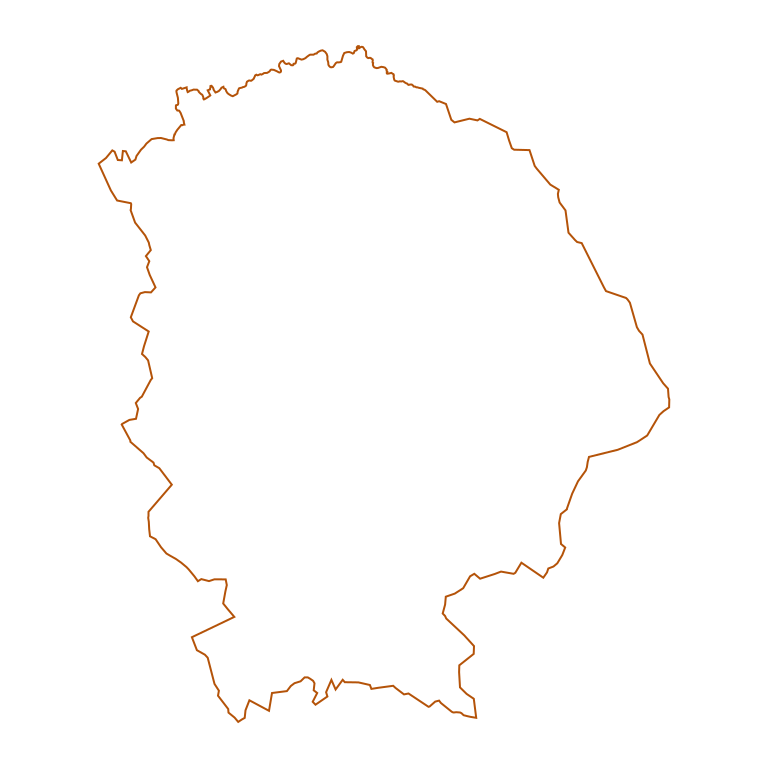 outline of Soba, Kaduna, Nigeria
{"feature_id": "59680162B47761767082139", "entity_name": "Soba", "entity_type": "district", "adm_level": 2, "iso_a3": "NGA", "parent_name": "Nigeria", "parent_adm1": "Kaduna", "projection": "mercator", "projection_center": [7.944, 10.956], "detail": "fine", "context": "isolated", "style": "outline", "palette": "amber", "viewbox_px": 768, "rotation_deg": 0, "n_neighbors": 0, "source": "geoboundaries", "source_scale": "gbopen_adm2", "svg_char_len": 5887}
<svg xmlns="http://www.w3.org/2000/svg" viewBox="0 0 768 768"><path d="M146.4,143.6L144.1,146.7L141.0,149.7L136.5,156.0L135.4,159.6L131.2,162.5L125.8,151.3L122.9,151.0L121.9,160.3L117.8,160.0L114.6,151.7L112.3,150.4L106.0,158.0L98.7,163.7L110.9,190.5L117.1,200.5L130.8,203.2L131.2,204.1L130.9,209.2L130.6,210.1L135.1,222.6L145.2,235.5L148.8,242.6L149.3,245.1L150.8,250.1L145.9,256.1L149.3,261.2L147.0,267.2L149.7,274.9L155.5,287.4L151.0,292.4L144.9,292.1L140.4,293.3L138.9,295.3L130.8,317.3L133.0,321.4L148.7,331.5L144.0,346.3L142.0,354.0L145.3,357.0L148.1,360.4L152.2,378.2L150.8,379.9L141.8,396.7L140.1,397.8L135.8,403.0L138.1,409.0L136.0,418.8L129.4,419.9L122.2,423.9L121.7,424.5L130.3,440.4L130.4,441.8L143.5,453.2L146.7,457.5L153.5,462.6L154.3,465.3L159.3,468.2L171.8,484.7L148.5,511.8L148.5,515.9L148.2,517.8L148.8,521.8L149.2,529.3L150.0,536.3L155.6,539.2L161.0,547.2L166.4,553.5L170.1,555.7L175.8,558.9L181.1,562.6L186.5,567.1L188.7,569.4L194.4,576.3L197.9,581.2L201.3,579.1L209.0,581.1L214.5,579.3L225.7,579.4L226.8,585.1L225.4,591.4L223.2,603.5L227.7,609.1L234.3,616.9L191.9,637.2L196.9,650.2L204.9,654.7L207.7,657.7L214.5,683.9L218.9,690.7L218.0,695.7L228.2,709.0L228.5,712.6L234.6,717.6L238.2,721.9L242.0,719.4L244.7,717.9L245.5,710.3L249.4,700.3L269.0,710.8L272.0,693.0L286.9,691.1L290.8,686.0L294.5,683.2L300.6,681.3L304.6,677.4L307.8,677.4L310.2,678.8L313.1,680.8L314.5,683.3L313.7,690.3L317.2,693.0L312.7,701.8L315.5,704.7L327.4,696.5L326.1,692.2L331.4,679.9L335.6,689.5L342.7,679.8L344.8,682.2L358.4,682.4L369.9,685.0L371.4,688.9L378.2,687.8L393.2,685.8L395.6,688.0L404.0,694.4L408.5,693.5L428.5,706.8L429.6,706.5L435.2,701.6L439.1,700.6L440.8,702.9L441.9,703.8L451.8,711.8L452.8,712.3L453.8,712.5L456.2,712.2L460.1,712.5L461.5,713.2L463.6,715.2L467.5,716.2L470.7,716.9L476.2,717.8L473.8,698.8L466.6,693.9L460.0,687.4L459.1,672.2L459.3,665.3L473.7,653.9L474.0,646.1L465.9,637.2L464.4,635.5L446.2,618.5L445.1,616.0L442.7,613.5L445.1,604.6L445.8,596.7L454.8,593.6L463.2,588.2L470.1,576.3L474.3,573.8L480.1,578.7L494.7,574.0L501.0,571.6L513.6,573.8L515.3,572.8L521.4,562.7L543.3,577.7L547.0,572.4L548.3,568.5L553.5,566.5L557.3,563.3L562.3,555.0L565.2,547.5L561.0,544.0L559.1,523.1L560.8,514.1L566.9,509.3L566.9,508.7L572.2,493.6L578.0,481.3L585.8,470.5L586.9,467.2L587.7,461.8L589.0,456.9L617.7,449.8L637.1,442.1L647.2,435.5L659.4,414.9L663.5,411.2L669.1,407.4L669.3,399.4L668.6,397.0L668.0,388.7L663.2,383.3L649.9,363.5L642.5,334.6L639.0,330.8L636.9,327.2L629.9,302.7L627.5,299.4L626.1,298.0L606.0,291.1L603.9,287.3L581.7,243.1L577.1,242.0L575.0,240.0L568.5,232.7L565.5,210.4L559.6,202.5L558.2,197.2L557.9,193.9L558.8,189.8L550.3,184.6L536.7,168.6L534.7,165.9L529.5,150.1L514.1,149.7L511.8,148.2L509.1,140.5L506.6,132.2L479.8,118.9L477.5,120.4L469.4,118.7L454.5,122.4L451.3,119.8L446.0,104.0L439.1,101.2L437.2,101.8L425.4,90.3L424.5,89.7L423.7,89.5L423.1,89.2L422.7,88.6L418.8,87.8L417.3,87.3L416.3,87.3L415.1,86.6L414.1,86.6L413.6,86.5L413.2,85.7L411.7,84.5L410.1,84.5L409.4,84.7L408.9,84.9L408.4,84.9L407.2,83.6L406.7,83.5L405.3,82.8L403.4,81.4L403.0,81.2L402.4,81.2L401.2,81.5L399.9,81.3L398.9,81.6L398.1,81.7L395.1,80.7L394.7,80.5L394.2,79.6L393.6,76.7L393.9,75.8L393.6,75.3L393.7,74.5L393.5,74.2L392.7,73.8L391.4,72.9L388.9,73.5L387.4,73.7L386.9,73.5L386.7,72.9L387.4,72.0L387.4,71.7L387.2,71.4L386.7,71.1L386.5,70.7L386.7,69.7L385.1,67.7L383.7,67.2L381.3,66.8L377.9,68.0L376.5,68.1L374.4,67.4L373.6,66.6L372.9,65.0L373.1,62.9L372.6,62.6L372.6,61.2L372.8,60.5L372.6,59.4L371.7,58.9L371.3,58.4L370.0,57.8L368.2,58.1L367.2,57.5L366.2,56.3L366.0,51.3L364.3,49.2L363.7,48.1L362.8,47.0L361.7,46.8L360.4,47.2L359.3,48.2L358.9,48.2L358.8,46.1L357.9,46.1L357.3,46.6L356.8,47.2L357.1,49.6L356.3,50.4L355.8,50.5L354.6,51.0L353.7,53.2L352.8,53.6L351.3,52.7L349.2,52.0L346.9,52.2L344.3,53.0L343.0,55.7L341.2,61.8L340.2,62.2L338.3,62.4L337.1,62.3L335.8,63.1L333.7,66.2L333.0,67.0L331.2,67.3L330.3,67.1L329.2,66.1L328.4,64.8L328.2,62.2L327.4,59.7L327.4,56.2L326.7,54.0L325.1,51.8L322.6,50.3L320.9,50.6L319.1,51.4L317.5,52.4L316.7,53.5L315.1,53.7L313.5,54.7L310.1,54.7L309.0,55.3L306.7,57.0L305.5,58.1L303.3,59.2L301.5,59.6L297.8,58.2L296.8,58.5L295.8,62.6L295.5,63.3L295.1,63.6L293.6,63.8L293.4,64.8L292.8,65.3L291.2,65.2L288.9,63.3L286.7,64.0L285.5,63.7L284.4,62.7L283.2,60.8L281.0,61.6L279.3,64.0L279.0,66.1L281.0,70.4L281.0,71.3L280.5,72.2L279.3,72.5L278.4,72.1L276.8,71.2L273.9,69.9L271.3,69.6L270.6,69.9L269.8,71.1L269.0,71.8L267.1,72.9L264.7,73.0L263.8,73.2L262.6,74.1L261.3,74.6L261.0,74.4L260.2,74.2L258.3,75.1L257.4,75.3L256.3,74.7L255.1,75.5L255.1,75.8L254.4,77.2L253.7,78.8L251.9,80.3L251.0,80.8L249.6,80.5L248.7,80.6L247.0,81.7L246.4,83.4L246.3,84.9L246.0,85.6L245.8,85.9L244.7,86.6L243.8,87.0L242.9,87.1L242.0,87.6L239.7,88.1L239.0,88.4L237.7,91.4L237.4,93.5L236.4,94.3L232.8,96.2L231.1,95.6L228.5,94.0L227.3,92.9L226.3,91.3L225.6,89.3L225.3,89.0L224.2,88.5L223.6,87.8L223.4,86.8L221.9,87.5L221.4,87.8L221.3,88.2L219.9,89.9L218.6,91.2L218.2,91.3L217.4,91.8L215.5,92.5L213.8,90.0L213.5,89.4L213.5,88.9L213.0,87.7L212.2,86.6L211.5,85.8L210.8,85.9L210.4,86.1L210.5,87.5L210.1,88.3L210.0,89.4L207.7,90.3L210.3,95.4L209.6,96.0L206.6,98.0L204.4,99.3L203.8,99.4L203.3,98.5L203.4,97.5L202.7,95.7L202.3,94.9L201.9,94.5L201.1,94.1L199.3,92.4L198.8,91.8L198.7,91.2L197.1,89.7L193.5,89.6L192.0,90.2L189.7,90.8L188.5,91.8L187.7,92.1L187.3,90.9L187.1,90.4L186.6,87.9L186.6,87.4L181.9,88.9L180.7,87.8L177.8,89.3L176.5,90.6L176.4,91.3L176.6,92.7L177.9,97.8L178.3,103.3L178.0,104.5L177.5,104.9L176.1,105.2L175.9,105.7L175.9,108.6L177.3,110.5L178.1,110.5L179.2,110.7L180.6,112.9L183.8,121.1L183.7,121.3L183.9,122.6L184.4,124.6L183.6,124.6L182.3,125.2L181.3,125.0L178.5,128.4L177.4,129.7L175.6,132.4L174.8,134.5L174.4,134.5L173.5,138.2L173.7,140.2L171.9,140.3L168.3,140.1L166.9,139.5L161.0,138.0L157.5,138.1L151.6,139.1L146.4,143.6Z" fill="none" stroke="#b45309" stroke-width="2"/></svg>